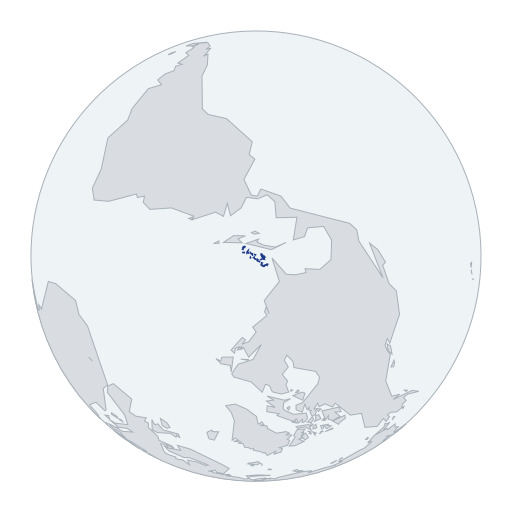 The Bahamas on an orthographic globe, rotated 168°
{"feature_id": "BHS", "entity_name": "The Bahamas", "entity_type": "country or territory", "adm_level": 0, "iso_a3": "BHS", "parent_name": "North America", "parent_adm1": "", "projection": "orthographic", "projection_center": [-76.093, 23.939], "detail": "fine", "context": "on_globe", "style": "filled", "palette": "blue", "viewbox_px": 512, "rotation_deg": 168, "n_neighbors": 0, "source": "natural_earth", "source_scale": "50m", "svg_char_len": 11937}
<svg xmlns="http://www.w3.org/2000/svg" viewBox="0 0 512 512"><g transform="rotate(168 256 256)"><circle cx="256" cy="256" r="225" fill="#eef3f6" stroke="#a8b0b8"/><path d="M247.9,316.6L242.5,314.2L237.3,320.5L219.1,309.3L212.7,295.8L157.5,268.4L152.0,260.6L152.3,249.3L136.3,208.1L142.2,245.1L135.5,236.9L130.6,223.1L134.0,220.7L131.6,201.4L126.0,192.7L127.7,169.2L143.3,142.9L144.8,148.0L148.4,141.7L146.8,135.1L144.9,132.4L155.1,106.7L152.3,90.6L144.1,90.9L151.7,87.1L131.1,92.1L124.9,89.8L136.5,89.3L141.1,87.1L139.2,83.5L143.5,80.6L145.1,77.4L150.5,74.3L156.8,75.1L160.5,73.3L158.8,71.0L163.2,67.1L165.1,70.6L172.9,64.2L185.0,65.7L185.5,80.2L196.7,80.7L209.1,95.5L212.5,92.4L219.3,97.0L225.7,95.4L226.2,99.2L230.9,94.7L229.3,91.6L230.8,88.7L234.4,87.7L235.7,92.1L234.0,93.3L236.3,94.1L235.4,96.9L237.9,95.0L239.0,100.9L243.3,93.7L248.7,97.3L247.9,101.7L240.9,102.9L221.9,118.3L219.0,124.3L221.8,130.8L242.1,139.0L241.8,145.3L246.6,152.7L250.0,148.0L247.5,140.8L255.0,134.6L251.1,127.2L253.5,123.8L252.3,116.1L260.1,115.7L268.3,119.8L269.8,126.4L273.4,128.6L278.2,121.4L286.8,133.7L302.8,142.2L304.2,146.0L295.9,153.9L280.3,155.4L269.4,168.2L284.2,158.6L287.4,169.2L291.2,170.7L295.5,169.8L297.2,165.4L300.0,169.1L286.4,179.2L283.7,176.0L288.1,172.6L280.7,173.8L271.6,181.8L274.0,187.1L257.7,195.6L259.2,199.7L256.5,204.3L255.2,196.9L257.2,210.7L238.4,226.3L240.8,250.8L230.1,231.8L221.2,229.4L210.5,229.4L210.7,233.4L196.3,229.6L183.4,236.9L178.7,255.8L183.7,270.9L199.7,272.8L204.5,264.9L216.2,263.9L207.9,285.4L228.3,289.2L226.3,305.2L232.3,313.6L242.5,311.6L253.1,315.4L260.6,306.1L272.6,300.7L273.1,313.5L279.6,301.5L286.4,307.3L310.3,304.8L308.6,307.9L328.7,320.6L350.2,323.7L355.1,331.8L352.6,337.8L359.9,337.9L360.0,341.5L388.6,340.1L402.7,344.4L401.9,356.4L389.3,373.2L376.3,402.3L353.3,415.6L346.4,426.1L326.5,442.1L312.7,443.2L315.6,448.6L307.0,453.0L297.7,454.3L295.2,458.3L288.3,458.9L292.3,461.0L280.1,466.2L282.4,469.4L273.3,472.8L275.0,474.3L271.9,474.4L268.4,475.1L267.8,476.0L258.8,474.8L257.3,471.0L261.3,468.8L257.2,468.5L265.8,462.2L261.0,463.6L263.8,453.1L271.4,443.3L277.9,411.2L273.4,404.4L256.3,396.5L235.9,368.5L241.6,356.7L237.0,350.9L251.9,333.4L247.9,316.6ZM46.4,204.9L48.0,199.9L47.8,204.1L46.4,204.9ZM48.6,196.2L48.1,198.0L48.4,196.4L48.6,196.2ZM48.5,194.6L48.5,195.8L48.3,194.9L48.5,194.6ZM48.2,193.0L48.4,193.6L48.2,193.0ZM239.6,259.0L263.1,270.3L249.9,272.0L252.3,269.8L246.4,265.1L235.3,260.7L223.7,263.0L239.6,259.0ZM48.3,189.1L48.5,187.9L48.9,188.1L48.3,189.1ZM249.9,245.6L245.9,244.7L249.8,244.6L249.9,245.6ZM143.3,131.9L146.3,135.4L146.1,142.7L143.1,140.1L143.3,131.9ZM144.4,119.0L147.0,119.4L142.7,125.4L142.5,123.3L144.4,119.0ZM137.2,92.2L138.8,94.0L135.8,93.3L137.2,92.2ZM144.4,77.5L142.5,78.0L144.1,76.2L144.4,77.5ZM248.1,116.9L250.2,116.6L249.3,118.2L248.1,116.9ZM245.7,114.1L243.2,116.3L241.7,115.3L243.2,114.0L245.7,114.1ZM153.8,70.1L157.0,67.3L154.9,70.2L153.8,70.1ZM249.0,111.7L239.3,113.3L236.6,111.6L240.3,105.3L249.0,111.7ZM159.5,65.8L167.0,59.7L163.5,60.1L177.5,55.9L166.5,62.1L164.5,65.5L162.9,64.5L159.5,65.8ZM227.2,91.1L229.1,94.4L224.1,92.7L227.2,91.1ZM223.6,90.8L206.1,91.0L205.1,86.1L211.2,86.8L207.1,81.7L215.2,79.1L219.3,81.4L218.3,84.9L222.1,81.3L223.6,90.8ZM184.0,54.9L186.8,53.8L185.1,55.2L184.0,54.9ZM231.0,87.5L227.6,87.8L226.4,83.4L233.1,82.1L231.4,83.9L231.0,87.5ZM202.1,81.8L202.4,78.7L209.1,75.6L210.1,74.1L215.3,78.7L202.1,81.8ZM233.5,84.4L236.5,81.7L240.4,82.8L234.3,87.0L233.5,84.4ZM223.3,83.0L223.1,81.0L225.4,81.6L223.3,83.0ZM255.8,86.3L251.7,86.3L250.8,84.0L255.8,86.3ZM237.4,80.6L236.1,80.2L235.3,79.4L238.0,78.0L237.4,80.6ZM219.6,76.4L222.3,76.0L217.8,74.3L222.6,72.3L225.2,75.9L226.1,73.5L227.6,73.0L228.1,76.6L219.6,76.4ZM238.3,74.3L243.3,78.7L251.1,78.9L252.2,80.9L239.4,80.2L238.3,74.3ZM232.3,75.3L236.3,75.0L235.6,77.4L232.4,79.0L232.3,75.3ZM224.9,69.8L216.9,71.9L216.6,71.1L224.9,69.8ZM240.8,73.8L239.5,72.8L241.4,73.5L240.8,73.8ZM230.0,70.4L227.2,71.2L226.9,70.2L230.0,70.4ZM239.3,70.3L240.9,71.6L238.8,72.6L239.3,70.3ZM235.2,69.9L235.5,68.5L237.1,72.2L233.9,70.4L235.2,69.9ZM230.2,69.4L229.1,69.1L231.4,69.2L230.2,69.4ZM246.4,65.8L249.0,70.3L244.3,72.5L242.4,67.8L246.4,65.8ZM273.6,477.0L259.4,475.3L267.5,476.2L273.7,474.7L280.9,475.9L273.6,477.0ZM291.8,472.5L298.6,471.0L300.1,471.2L295.7,472.4L291.8,472.5ZM426.4,108.6L431.6,115.7L426.0,110.1L413.7,95.4L409.9,91.5L426.4,108.6ZM402.7,85.0L402.3,84.9L394.3,78.3L401.3,84.5L403.0,85.5L407.4,89.7L406.2,89.1L403.4,86.6L404.2,88.2L417.1,100.7L420.2,103.0L425.9,112.4L431.6,117.5L435.3,122.8L427.1,116.3L423.3,112.3L413.2,109.4L417.8,114.2L427.6,117.6L427.2,118.8L433.4,126.5L428.4,121.7L416.4,117.7L417.6,127.9L429.6,153.3L428.1,159.6L422.1,160.8L407.3,141.9L412.3,130.2L407.0,124.4L397.0,120.5L399.4,117.6L396.0,114.9L397.0,110.7L389.5,100.1L389.2,95.9L377.8,87.7L376.1,84.7L383.3,90.2L388.2,92.2L386.4,83.2L383.5,80.3L376.2,75.9L376.7,74.4L369.8,71.5L364.6,65.7L365.3,70.6L356.7,66.8L348.9,61.6L346.2,61.4L358.9,70.1L363.9,72.9L368.0,73.7L381.6,83.3L384.0,87.5L370.2,81.5L372.2,87.1L360.6,80.9L333.4,59.8L326.4,53.8L332.8,49.8L339.4,52.5L340.3,55.0L347.3,55.4L343.0,54.0L343.3,53.1L335.3,50.0L335.1,49.2L327.6,47.9L326.5,46.6L331.3,47.5L318.4,42.8L313.9,40.4L311.0,39.8L309.3,39.8L304.7,37.2L302.8,36.9L303.6,37.6L300.3,37.6L292.7,36.9L291.5,36.0L294.1,36.1L297.8,35.5L304.8,36.5L303.5,36.2L297.1,35.1L292.7,35.8L288.5,35.7L289.7,35.0L288.9,35.2L286.4,34.9L282.9,34.0L281.2,34.8L255.6,35.4L246.2,34.4L250.1,33.1L231.0,34.7L221.9,34.9L222.7,35.3L214.0,37.3L216.7,37.2L216.4,37.6L195.4,44.3L189.6,45.7L181.4,50.5L181.8,50.9L185.6,50.0L177.5,55.9L163.5,60.1L163.4,58.9L154.7,62.9L155.6,59.8L152.4,59.6L158.4,54.7L155.3,55.5L152.3,57.1L145.8,59.9L143.9,60.6L150.8,56.8L158.7,52.9L165.6,52.6L163.9,51.7L168.3,50.0L170.2,48.7L168.7,48.7L166.0,49.8L179.0,44.3L194.1,39.4L209.5,35.6L225.2,32.8L241.0,31.2L256.9,30.7L272.7,31.3L288.5,33.1L304.2,35.9L319.6,39.9L334.6,44.9L349.3,51.0L363.5,58.0L377.2,66.1L390.3,75.1L402.7,85.0ZM480.0,279.9L480.3,268.1L480.4,251.5L479.5,247.5L478.5,253.4L476.8,248.6L475.7,251.2L464.4,274.3L457.7,270.6L441.7,249.9L441.3,235.5L435.4,222.8L428.0,160.8L433.0,158.1L434.6,136.7L435.9,136.0L442.9,146.2L449.8,145.1L443.6,134.1L442.8,130.0L442.4,129.5L450.8,142.9L458.3,156.8L464.7,171.3L470.2,186.1L474.5,201.3L477.8,216.8L480.0,232.5L481.1,248.3L481.1,264.1L480.0,279.9ZM438.2,187.4L440.2,191.5L440.3,191.5L438.2,187.4ZM311.1,304.5L314.0,306.7L310.2,307.2L311.1,304.5ZM248.1,277.5L253.0,277.7L255.6,279.8L251.8,280.5L248.1,277.5ZM289.4,276.2L295.0,277.0L289.2,278.5L289.4,276.2ZM266.7,271.7L284.9,276.1L273.6,280.6L262.1,277.9L270.0,276.5L266.7,271.7ZM247.7,253.4L250.8,254.4L249.9,256.9L247.7,253.4ZM252.8,245.6L251.6,245.8L250.1,243.8L252.8,245.6ZM288.2,168.6L289.3,167.9L293.8,167.9L291.8,169.8L288.2,168.6ZM312.6,157.8L316.5,164.0L312.4,160.6L310.4,164.1L299.3,161.9L304.3,147.8L304.0,154.4L312.6,157.8ZM285.9,155.9L292.4,158.3L285.1,156.3L285.9,155.9ZM375.8,106.2L379.1,106.0L383.0,109.9L383.3,117.0L377.7,111.2L375.8,106.2ZM382.8,105.0L369.0,98.1L368.2,94.0L371.0,97.4L371.8,95.3L376.5,100.3L389.3,103.8L393.6,107.7L391.9,117.6L390.1,112.0L387.0,112.3L382.8,105.0ZM335.1,93.3L329.1,91.8L335.1,84.6L340.0,87.0L340.7,93.7L335.3,95.0L335.1,93.3ZM257.3,100.9L254.6,101.9L254.3,100.5L256.3,98.5L257.3,100.9ZM254.0,86.5L268.7,95.6L266.4,97.0L277.8,101.5L276.1,107.2L268.7,103.9L276.0,112.0L268.7,111.4L274.3,116.7L258.1,109.0L251.8,109.3L259.5,106.7L261.2,101.3L260.1,99.1L252.2,93.3L239.5,91.9L239.2,87.0L242.4,83.8L245.4,83.4L244.6,86.6L249.2,83.8L250.4,88.2L254.0,86.5ZM279.4,58.4L277.3,60.9L286.6,58.6L287.9,61.8L288.9,61.4L292.6,63.9L298.8,66.4L298.4,68.0L301.0,68.3L303.5,70.3L307.0,71.4L307.4,74.8L311.6,76.5L309.4,77.2L316.6,79.4L311.4,79.3L314.2,82.2L317.7,80.7L311.4,99.3L312.7,108.1L316.7,115.9L307.2,115.5L297.4,108.5L288.9,99.0L288.9,91.0L284.7,92.6L283.4,89.4L287.3,89.5L280.6,87.6L280.6,85.0L272.9,78.4L263.2,78.0L260.1,75.8L264.0,74.8L258.3,73.5L263.5,70.2L261.4,68.7L264.5,64.3L273.1,63.6L270.2,62.0L272.4,59.0L279.4,58.4ZM247.5,64.6L257.5,62.3L263.1,63.2L255.4,70.6L256.5,72.4L251.8,77.8L243.8,76.6L245.9,75.1L246.0,73.4L248.5,74.4L246.7,72.4L249.5,70.3L248.8,68.3L252.3,68.0L247.5,64.6ZM433.2,130.6L433.4,129.3L432.9,126.6L436.8,131.7L433.2,130.6ZM425.3,128.0L424.9,126.0L430.2,131.2L429.9,132.7L425.3,128.0ZM420.2,120.8L424.5,125.5L422.0,123.9L420.2,120.8ZM382.5,88.4L381.6,86.4L383.2,87.2L385.8,89.4L382.5,88.4ZM307.3,54.4L305.2,55.1L303.9,54.5L296.4,54.4L294.9,52.3L298.8,51.6L307.3,54.4ZM436.3,123.2L436.3,122.0L437.3,124.6L436.3,123.2ZM304.4,52.1L301.5,52.2L302.6,51.1L304.4,52.1ZM293.4,50.9L293.8,49.5L293.8,52.1L293.4,50.9ZM287.3,38.4L299.4,40.4L307.1,41.4L309.8,40.8L311.1,43.0L299.3,41.4L287.3,38.4ZM259.7,35.6L257.3,36.8L254.9,36.2L255.1,35.8L259.7,35.6ZM260.7,36.3L264.3,38.1L260.7,38.7L258.6,37.2L260.7,36.3ZM284.8,43.8L288.5,44.4L287.6,45.2L284.8,43.8ZM185.6,53.4L186.7,53.8L184.2,54.3L185.6,53.4ZM218.1,37.5L217.3,38.2L214.4,38.6L218.1,37.5ZM213.4,40.5L217.3,39.6L213.7,40.9L213.4,40.5ZM225.7,37.8L219.0,39.4L224.7,37.4L225.7,37.8Z" fill="#d9dde1" stroke="#a8b0b8" stroke-width="1"/><path d="M250.1,252.9L250.1,253.4L250.1,253.8L249.7,254.1L249.6,254.3L249.2,254.4L249.0,254.6L248.9,254.3L248.7,254.1L248.7,253.8L248.3,253.8L247.9,253.6L247.6,253.2L248.0,253.2L248.0,253.4L248.3,253.1L248.2,253.0L248.1,252.7L248.5,252.1L248.6,251.7L248.5,251.0L249.1,251.2L249.3,251.4L249.3,251.8L249.5,252.0L249.8,252.6L250.1,252.9ZM250.4,254.7L250.4,254.8L250.0,255.1L250.3,255.3L250.5,254.9L250.7,255.2L250.8,255.8L250.8,256.0L250.7,256.8L250.0,256.7L249.9,256.3L249.8,256.2L249.7,255.6L249.5,255.4L249.2,254.8L249.3,254.7L249.6,254.8L249.7,254.7L250.0,254.7L250.4,254.7ZM267.2,266.7L267.1,267.0L266.7,267.5L265.9,267.7L264.9,267.7L264.8,267.4L264.9,267.2L265.2,267.0L265.4,266.7L265.8,266.7L266.2,266.8L266.5,266.8L266.8,266.6L267.1,266.2L267.3,266.3L267.2,266.7ZM252.0,248.3L251.9,248.3L251.6,247.9L251.4,247.8L251.8,247.5L251.9,247.3L251.9,246.7L252.0,246.5L252.0,246.2L252.0,245.7L251.7,245.4L251.0,244.5L250.0,244.3L249.5,244.3L249.8,244.2L250.1,244.2L250.5,244.3L250.9,244.3L251.2,244.6L251.5,244.9L251.8,245.1L251.9,245.3L252.2,245.5L252.6,245.8L252.7,246.6L252.2,246.9L252.1,248.1L252.0,248.3ZM247.6,245.0L248.0,245.1L248.4,245.0L249.0,245.0L249.5,244.9L249.6,245.1L248.5,245.3L247.5,245.6L246.9,245.8L246.7,245.8L246.5,245.7L245.8,245.1L246.0,245.2L246.5,245.5L246.8,245.5L247.1,245.2L247.2,244.7L247.6,245.0ZM254.0,249.9L254.6,250.4L255.1,250.5L255.6,251.1L255.9,251.3L255.9,251.5L255.8,252.3L255.7,252.8L255.7,253.2L255.5,252.8L255.3,252.6L255.2,252.5L255.6,252.5L255.6,252.1L255.8,251.7L255.8,251.4L255.3,251.0L255.0,250.6L254.6,250.5L254.1,250.1L253.9,250.1L253.6,250.1L253.7,249.9L253.8,249.7L254.0,249.9ZM260.5,260.1L260.0,259.4L259.5,259.2L259.1,259.0L259.2,258.9L259.4,258.9L259.5,258.6L259.4,258.4L259.1,257.8L258.9,257.4L258.8,257.1L259.2,257.5L259.3,258.0L259.6,258.4L259.7,259.1L260.2,259.3L260.5,259.7L260.5,260.1ZM262.9,262.7L262.6,262.9L262.7,262.7L263.1,262.3L263.4,262.0L263.6,261.9L263.8,261.7L263.9,261.3L263.7,261.1L263.7,260.9L263.8,260.8L264.1,260.7L264.0,260.9L264.2,261.4L263.7,262.1L263.3,262.4L262.9,262.7ZM258.8,255.0L258.6,255.1L258.2,255.2L258.4,254.9L258.5,254.7L258.1,254.5L257.8,253.8L257.6,253.7L257.5,253.4L257.2,253.2L257.3,253.0L257.6,253.1L258.0,254.0L258.8,255.0ZM267.1,261.8L267.3,261.9L267.9,262.0L268.1,262.1L268.0,262.3L267.6,262.1L267.3,262.0L266.8,262.1L266.7,262.0L266.8,261.7L267.1,261.8ZM263.4,260.7L263.5,260.8L263.2,261.0L262.7,260.8L262.5,260.6L262.4,260.4L262.5,260.3L262.8,260.4L263.0,260.6L263.4,260.7ZM251.5,251.8L251.1,251.8L250.8,251.7L251.2,251.5L251.6,251.5L251.8,251.6L251.5,251.8ZM257.5,257.9L257.4,257.9L257.1,257.8L256.5,257.4L256.2,257.3L256.3,257.1L256.5,257.1L257.0,257.6L257.2,257.8L257.5,257.9ZM262.0,255.5L261.7,255.9L261.6,255.3L261.8,255.2L262.0,255.5ZM267.6,265.4L267.1,265.6L267.1,265.4L267.3,265.2L267.6,265.4Z" fill="#3b82f6" stroke="#1e3a8a" stroke-width="1.5"/></g></svg>